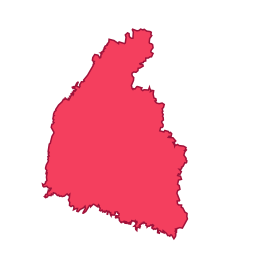 Sylhet, Sylhet, Bangladesh (Mercator projection), rotated 281°
{"feature_id": "16705992B47932115867008", "entity_name": "Sylhet", "entity_type": "district", "adm_level": 2, "iso_a3": "BGD", "parent_name": "Bangladesh", "parent_adm1": "Sylhet", "projection": "mercator", "projection_center": [91.877, 24.89], "detail": "fine", "context": "isolated", "style": "filled", "palette": "rose", "viewbox_px": 256, "rotation_deg": 281, "n_neighbors": 0, "source": "geoboundaries", "source_scale": "gbopen_adm2", "svg_char_len": 5734}
<svg xmlns="http://www.w3.org/2000/svg" viewBox="0 0 256 256"><g transform="rotate(281 128 128)"><path d="M34.7,195.4L34.9,194.9L35.7,195.2L35.8,194.5L36.3,195.1L36.8,194.3L37.4,195.0L38.0,194.1L40.1,197.8L40.1,200.5L50.1,203.7L52.3,202.6L55.4,202.3L56.3,199.9L60.0,197.0L60.3,195.5L62.6,195.3L62.1,192.3L63.1,191.0L65.7,190.2L66.3,192.3L66.9,192.5L73.4,188.4L76.1,188.7L77.7,190.7L81.2,189.3L82.2,187.4L86.5,187.5L87.8,190.3L90.6,188.8L90.8,185.8L92.6,186.3L92.3,187.8L95.3,188.7L97.2,186.3L97.2,187.4L97.8,188.0L99.3,188.5L99.8,188.1L101.0,189.4L104.8,190.4L104.7,191.6L105.5,192.1L107.1,192.0L107.9,191.0L109.4,190.8L112.0,188.0L115.5,188.3L116.9,189.1L116.9,188.1L117.9,189.0L118.0,188.5L119.9,188.7L120.8,186.0L120.5,181.4L121.3,179.8L120.4,178.6L120.5,177.7L119.1,177.3L120.1,177.0L122.4,174.8L122.7,175.8L122.2,176.5L123.1,176.3L124.4,177.3L127.0,174.0L126.5,169.3L127.7,169.8L127.8,171.9L130.7,172.0L131.8,170.6L131.1,169.4L132.3,168.2L132.6,164.6L131.0,164.0L131.3,159.7L134.7,160.0L135.1,161.5L136.1,162.1L137.9,161.9L140.1,159.9L140.9,159.9L142.6,161.2L145.1,160.5L146.1,159.6L148.0,160.0L149.4,158.7L150.5,158.5L150.9,159.0L153.5,157.9L154.9,158.9L158.0,159.1L159.0,156.7L157.8,153.9L157.9,151.5L158.5,150.4L159.6,149.3L160.2,150.5L162.0,149.8L162.5,147.7L166.1,146.2L169.5,146.1L169.6,145.0L168.1,143.1L169.8,143.1L170.7,141.9L172.1,141.3L169.2,140.8L168.6,136.4L167.5,135.4L168.3,133.7L170.1,133.9L169.8,132.9L170.2,132.7L170.5,129.4L170.3,128.8L167.6,127.3L167.7,125.8L166.8,125.5L167.5,124.6L170.4,123.2L175.8,124.3L178.6,124.0L179.7,122.4L181.6,121.5L182.7,121.6L184.1,122.9L184.2,125.2L186.2,126.8L188.6,126.6L189.1,128.2L191.7,131.1L192.9,130.5L192.9,127.7L193.5,127.3L195.2,130.5L196.3,130.7L197.2,132.6L200.0,132.1L200.6,134.7L201.9,135.8L202.4,137.5L206.0,138.4L206.6,136.4L207.3,135.8L209.0,136.0L211.5,137.3L214.4,136.3L215.1,135.1L215.3,133.0L216.1,132.5L219.9,132.2L223.3,133.7L224.0,132.6L226.4,132.6L226.9,131.2L226.7,127.8L228.0,125.0L227.1,124.0L227.5,121.5L225.9,120.3L225.1,118.3L225.9,113.7L225.2,113.5L223.3,114.9L217.1,115.7L216.7,114.4L217.2,112.8L218.4,111.7L220.9,111.0L221.3,109.4L218.9,107.6L216.7,108.8L211.1,109.1L210.2,108.4L210.8,103.0L210.4,102.5L209.0,102.6L211.2,97.5L211.5,92.5L208.6,92.8L206.8,91.7L206.2,92.0L205.8,91.4L205.3,91.7L204.0,89.9L201.9,89.3L201.8,90.3L199.8,88.9L198.6,89.6L198.2,89.3L198.3,88.3L197.1,87.3L196.6,88.1L196.0,88.0L196.0,87.3L195.6,88.0L195.1,87.5L192.1,87.7L191.6,87.2L191.8,87.0L192.3,86.2L191.6,87.2L191.4,86.9L193.8,84.6L193.8,81.3L190.5,80.0L187.7,80.1L186.9,81.1L186.9,82.2L185.8,81.7L185.0,82.5L183.9,82.1L184.1,81.8L184.0,81.7L182.4,81.8L172.2,78.3L166.6,75.3L165.8,76.2L164.7,75.0L164.5,73.5L161.0,72.3L160.0,72.9L158.5,72.5L159.5,69.4L163.9,70.5L162.4,69.2L158.1,68.0L158.3,66.9L157.4,65.5L156.6,66.0L156.7,67.6L155.7,69.9L154.0,68.7L154.6,68.4L154.5,67.8L154.0,68.4L153.9,67.8L152.7,67.2L151.1,68.1L150.0,67.8L151.3,66.8L150.0,66.9L149.9,66.1L151.5,65.4L149.1,66.1L148.5,65.9L148.0,64.8L147.2,65.5L144.6,64.7L145.4,64.1L145.4,64.4L146.6,64.4L144.2,63.6L144.6,61.4L144.2,61.0L145.1,61.3L145.5,60.6L143.9,60.2L143.9,59.2L141.2,58.3L137.3,55.5L132.4,53.5L131.4,53.9L130.2,52.8L127.5,52.3L126.3,52.4L126.0,53.0L125.7,52.5L122.5,52.5L122.2,53.5L119.6,53.2L119.2,54.3L117.4,53.4L117.1,52.6L114.0,52.5L109.8,56.0L108.7,56.2L105.4,55.0L98.0,54.6L97.2,53.8L89.7,54.1L89.4,54.6L88.6,54.5L88.8,55.1L86.4,54.9L85.5,55.9L84.5,54.8L83.3,55.6L81.8,55.3L81.1,56.0L79.7,56.0L76.3,54.9L73.2,54.7L72.2,54.9L71.0,56.4L67.8,56.2L68.4,57.1L64.2,57.3L61.0,58.4L59.1,57.3L58.5,57.6L57.3,57.1L56.2,56.0L56.7,54.8L54.7,55.6L54.1,56.6L55.3,59.4L54.1,61.0L53.6,63.2L54.8,64.3L52.2,63.5L52.0,61.9L51.3,62.3L51.4,61.7L47.6,61.2L47.1,59.9L45.7,59.5L45.0,60.0L44.6,59.2L43.9,60.4L45.0,62.1L46.7,62.6L47.0,65.4L48.5,65.4L48.0,66.2L48.2,67.0L50.2,67.1L49.9,69.4L48.3,71.5L48.4,72.8L49.3,72.3L47.9,74.0L48.6,75.4L48.1,76.4L49.0,78.5L51.7,80.8L50.5,82.3L51.9,83.4L47.8,83.8L46.1,83.2L43.9,85.0L40.9,85.3L40.0,87.1L41.2,88.5L40.9,89.5L39.5,90.2L37.3,90.1L39.1,92.5L39.4,93.8L36.6,93.6L36.4,94.2L36.4,95.1L38.9,96.6L41.2,99.6L43.0,100.7L41.1,101.5L36.5,100.1L35.9,100.0L35.9,100.5L38.0,102.5L44.6,105.0L44.7,106.1L43.6,106.4L46.4,108.3L46.6,109.1L44.9,113.0L47.0,113.7L46.0,114.7L44.7,114.7L44.0,116.0L41.7,115.9L41.4,117.1L42.4,118.1L41.8,118.4L41.6,119.4L40.9,119.4L41.7,120.8L40.4,121.7L41.9,121.4L41.9,122.2L42.7,122.7L42.3,123.7L39.4,124.0L39.4,124.4L42.4,124.6L42.6,125.3L41.2,126.4L41.5,127.1L39.7,127.2L38.5,128.2L40.0,128.2L39.6,129.8L40.1,131.2L41.8,131.8L42.8,131.3L43.7,133.2L43.3,134.1L42.5,134.1L42.2,135.5L40.3,135.7L39.8,135.3L39.7,133.2L39.1,133.5L39.1,133.0L38.8,133.4L38.6,132.8L37.7,132.8L37.4,133.3L38.1,133.9L38.0,136.5L35.6,137.2L33.9,139.2L33.9,139.8L34.7,140.0L34.8,141.8L35.5,141.6L35.7,142.1L35.6,144.6L34.9,145.0L34.5,142.9L34.1,143.6L33.9,142.5L34.2,145.3L34.7,145.6L35.1,147.2L34.1,147.0L34.1,148.9L36.1,149.1L36.2,148.6L36.9,149.7L37.8,149.4L37.9,150.8L37.4,152.1L38.4,152.7L36.9,153.4L37.9,153.7L38.0,154.5L37.1,154.9L35.5,154.6L32.8,152.8L33.1,153.8L31.5,154.7L31.6,155.3L31.0,154.6L29.8,155.0L29.0,156.2L31.9,155.9L32.5,156.9L32.2,158.6L33.0,158.7L34.0,157.9L34.1,158.7L35.3,158.1L36.0,159.2L37.0,159.3L37.1,161.0L38.3,160.9L38.6,161.8L37.7,162.6L37.6,164.0L36.0,164.1L35.2,165.5L34.4,165.7L35.4,166.4L35.8,167.9L37.3,169.0L36.9,169.9L37.8,170.5L37.3,171.7L35.8,171.3L35.9,170.5L34.4,170.5L33.5,172.4L32.9,172.3L34.2,173.3L33.9,174.6L35.2,175.6L34.8,176.5L30.9,177.0L30.7,178.8L31.2,178.8L31.6,177.4L33.3,177.8L33.4,179.1L32.5,180.2L32.0,182.9L32.9,182.0L34.0,182.0L31.8,186.0L30.0,187.5L30.3,188.7L29.8,189.7L31.4,190.5L31.2,191.3L28.0,194.2L30.6,195.3L32.4,195.3L33.2,194.7L34.7,195.4Z" fill="#f43f5e" stroke="#9f1239" stroke-width="1.5"/></g></svg>